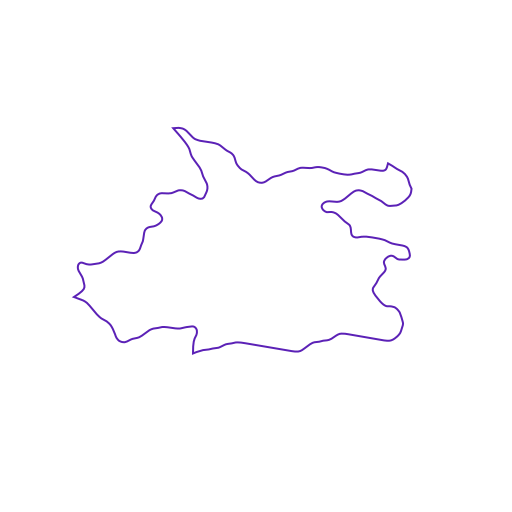 Polo, Barahona, Dominican Republic, rotated 321°
{"feature_id": "3306468B683162392169", "entity_name": "Polo", "entity_type": "district", "adm_level": 2, "iso_a3": "DOM", "parent_name": "Dominican Republic", "parent_adm1": "Barahona", "projection": "natural_earth1", "projection_center": [-71.293, 18.122], "detail": "fine", "context": "isolated", "style": "outline", "palette": "violet", "viewbox_px": 512, "rotation_deg": 321, "n_neighbors": 0, "source": "geoboundaries", "source_scale": "gbopen_adm2", "svg_char_len": 5374}
<svg xmlns="http://www.w3.org/2000/svg" viewBox="0 0 512 512"><g transform="rotate(321 256 256)"><path d="M272.1,104.6L272.5,116.1L272.5,122.5L272.3,126.2L272.0,128.7L271.5,131.0L269.5,135.7L268.8,137.9L268.6,139.1L268.3,142.8L267.9,151.6L267.2,155.2L265.0,160.9L263.4,168.5L263.0,169.6L262.0,171.4L260.7,173.0L259.2,174.3L257.5,175.3L252.8,177.6L251.0,177.7L250.2,177.5L248.7,176.5L247.5,175.1L246.6,173.3L245.2,169.4L243.5,165.7L241.5,160.7L240.4,159.0L239.0,157.6L237.4,156.4L236.5,156.0L231.7,154.6L229.8,153.9L227.1,152.1L222.2,147.8L220.4,146.8L218.4,146.4L217.4,146.4L215.5,146.8L211.4,148.8L207.1,150.1L205.6,150.9L205.0,151.6L204.6,152.5L204.4,153.5L204.5,155.4L205.2,157.0L206.8,160.3L207.4,162.3L207.6,164.3L207.3,166.4L207.0,167.3L206.4,168.2L205.7,168.9L204.8,169.4L203.0,169.8L201.1,169.9L199.1,169.7L197.1,169.3L195.2,168.6L191.9,166.7L190.3,166.0L188.3,165.7L186.4,166.0L185.4,166.4L183.7,167.6L178.9,172.0L177.2,173.4L173.6,175.3L170.4,177.3L168.7,178.0L167.7,178.2L165.7,178.1L164.8,177.8L162.9,176.8L160.4,174.4L155.7,169.1L154.0,167.5L152.2,166.1L150.2,165.1L148.0,164.6L145.8,164.4L136.8,164.3L133.5,164.1L131.3,163.6L129.4,162.9L122.6,158.9L121.0,157.7L119.1,155.6L116.8,151.9L116.2,151.3L115.5,150.8L114.6,150.6L113.7,150.6L112.8,150.8L112.0,151.2L110.6,152.4L109.5,154.0L108.8,156.0L107.8,162.5L107.2,164.6L104.2,170.8L103.0,172.3L101.3,173.3L98.5,173.8L94.4,173.8L88.7,173.3L93.7,181.8L94.5,183.8L95.1,186.1L95.4,189.8L95.6,201.1L96.0,204.7L96.5,207.1L98.8,212.8L99.4,216.1L99.5,218.4L99.2,220.7L98.8,222.7L97.2,228.2L96.6,229.8L96.1,231.7L96.0,233.9L96.1,235.0L96.3,236.0L97.3,237.9L97.9,238.7L99.3,240.1L100.2,240.6L102.1,241.3L106.0,242.1L107.9,242.7L112.2,244.9L114.0,245.6L117.1,246.1L126.6,246.6L128.6,247.1L130.5,247.8L134.7,250.3L138.3,252.1L140.0,253.4L142.4,255.7L147.8,261.5L149.4,263.0L151.1,264.4L152.0,264.9L155.7,266.7L157.4,267.6L161.9,270.4L162.6,271.0L163.2,271.7L163.6,272.6L163.8,273.6L163.8,274.6L163.6,275.7L163.2,276.6L162.1,278.1L161.4,278.8L159.9,279.9L156.4,281.5L153.7,283.4L150.4,286.6L145.7,292.1L149.3,293.2L155.6,295.8L160.5,298.9L164.2,300.7L167.5,302.7L169.2,303.7L170.9,304.2L175.4,305.2L177.1,305.7L178.8,306.6L182.1,308.6L185.8,310.4L187.5,311.7L189.9,313.9L193.0,317.3L223.9,352.4L226.2,354.8L228.7,356.8L230.6,357.7L232.5,358.1L235.4,358.3L242.4,358.6L245.3,359.1L247.1,359.8L251.2,362.4L254.9,364.1L258.1,366.2L259.9,367.1L262.6,367.8L268.3,368.3L270.2,368.6L272.1,369.2L273.8,370.3L276.3,372.5L278.5,374.9L302.4,402.2L304.7,404.5L306.4,405.8L307.3,406.3L308.2,406.7L310.1,407.2L312.0,407.4L315.0,407.4L316.9,407.2L318.8,406.8L319.7,406.5L321.4,405.6L326.4,402.3L327.5,401.3L328.0,400.7L328.7,399.3L330.5,395.1L332.2,390.2L332.3,388.0L332.2,385.9L331.7,383.7L331.3,382.8L329.6,380.5L328.3,379.2L326.3,377.6L325.7,376.9L325.2,376.0L324.5,374.0L324.1,371.7L323.9,369.3L323.9,361.9L324.3,358.5L325.0,356.4L325.6,355.6L326.3,354.9L327.1,354.4L332.5,352.8L337.6,350.5L339.6,350.0L345.5,349.2L347.2,348.7L348.7,347.7L349.2,346.9L349.9,345.3L350.6,342.9L351.5,341.3L352.2,340.7L353.0,340.3L354.7,339.7L356.6,339.6L358.5,339.7L360.3,340.3L361.1,340.7L361.8,341.4L362.4,342.2L362.8,343.0L364.0,347.4L365.1,348.9L369.2,352.3L370.8,353.3L371.6,353.6L373.4,353.8L374.4,353.6L375.2,353.1L375.9,352.5L376.9,350.9L378.0,348.6L378.6,346.8L378.7,345.9L378.8,344.9L378.6,343.8L377.7,341.8L376.4,340.0L371.8,334.7L369.6,331.9L368.4,329.8L366.1,324.8L364.8,322.9L362.7,320.1L358.0,314.7L354.0,310.5L350.5,307.7L346.3,305.3L345.0,304.1L344.0,302.6L343.7,301.8L343.6,300.8L343.7,299.8L344.0,298.9L344.9,297.3L346.5,295.0L347.5,293.3L348.1,291.4L348.1,290.5L347.7,288.8L346.7,285.0L345.6,275.9L345.1,273.7L344.7,272.7L343.7,270.9L342.5,269.4L341.1,268.3L339.0,266.8L338.4,266.2L337.6,264.5L337.2,262.6L337.2,261.6L337.4,260.6L337.7,259.6L338.3,258.7L339.1,258.1L340.0,257.7L340.9,257.5L342.8,257.5L344.7,258.0L345.6,258.4L347.4,259.6L353.0,264.9L354.9,266.1L356.9,266.9L359.1,267.2L361.4,267.4L369.2,267.3L372.5,267.5L374.6,268.0L375.6,268.5L377.3,269.6L378.6,271.1L379.8,272.8L381.8,277.7L384.0,282.4L385.5,286.5L387.9,292.2L389.1,297.4L389.8,299.2L390.3,300.1L391.6,301.4L397.0,305.1L399.0,305.9L402.3,306.5L406.8,306.7L411.3,306.3L413.5,305.8L415.4,304.9L417.0,303.7L419.2,301.6L420.3,297.3L422.7,291.6L423.2,289.4L423.3,286.0L422.7,282.7L420.3,277.0L418.6,271.6L416.9,267.1L413.8,269.3L412.4,270.1L411.5,270.4L410.7,270.5L409.8,270.3L408.9,270.0L408.1,269.5L406.6,268.2L400.6,261.7L398.1,259.6L397.2,259.1L395.3,258.4L391.3,257.5L389.4,256.9L387.7,256.0L384.3,254.0L381.6,252.7L379.8,251.6L378.1,250.3L375.7,247.9L372.7,244.5L370.6,241.8L369.3,240.0L368.3,238.0L367.1,235.0L366.1,233.0L364.9,231.0L362.7,228.4L361.1,226.7L359.4,225.3L357.6,224.2L354.9,222.8L353.1,221.5L348.1,217.0L346.4,215.7L345.4,215.2L343.5,214.5L339.5,213.6L337.6,212.9L333.4,210.6L331.5,209.9L326.6,208.7L324.7,208.0L320.4,205.8L318.5,205.1L316.5,204.7L310.4,204.2L308.4,203.7L306.6,202.8L305.1,201.4L303.9,199.8L303.1,197.7L302.7,195.5L302.2,188.6L301.8,186.4L301.2,184.3L299.2,179.6L298.8,177.4L298.7,174.0L299.0,171.7L299.7,169.7L301.2,166.2L301.7,164.2L301.8,163.1L301.6,160.9L301.0,159.0L299.8,156.2L299.2,154.2L297.8,147.7L297.0,145.5L295.1,142.6L292.9,139.9L285.0,131.2L283.7,129.3L282.5,127.3L282.0,126.2L281.5,124.0L280.7,114.9L280.1,112.7L279.2,110.8L277.9,109.2L276.5,107.7L272.1,104.6Z" fill="none" stroke="#5b21b6" stroke-width="2"/></g></svg>